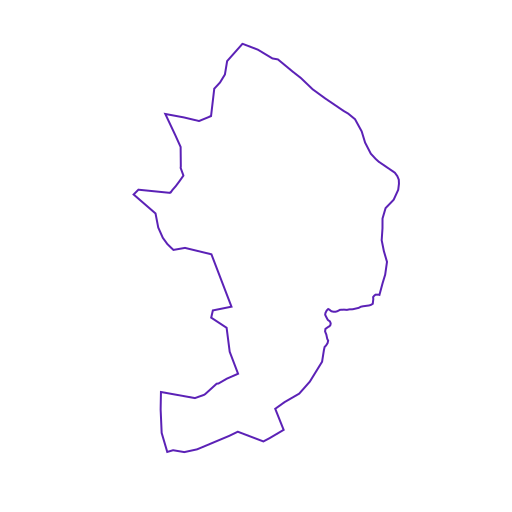 Kura, Kano, Nigeria (Robinson projection), rotated 99°
{"feature_id": "59680162B62375507242594", "entity_name": "Kura", "entity_type": "district", "adm_level": 2, "iso_a3": "NGA", "parent_name": "Nigeria", "parent_adm1": "Kano", "projection": "robinson", "projection_center": [8.5, 11.781], "detail": "fine", "context": "isolated", "style": "outline", "palette": "violet", "viewbox_px": 512, "rotation_deg": 99, "n_neighbors": 0, "source": "geoboundaries", "source_scale": "gbopen_adm2", "svg_char_len": 1986}
<svg xmlns="http://www.w3.org/2000/svg" viewBox="0 0 512 512"><g transform="rotate(99 256 256)"><path d="M208.9,382.5L214.4,386.5L229.7,361.9L243.2,357.0L247.5,354.2L252.6,350.9L258.1,345.4L261.0,341.3L262.9,338.5L259.1,327.4L261.3,300.3L309.9,272.3L316.5,290.1L323.9,290.6L331.5,273.8L354.7,267.0L375.1,255.3L381.7,265.6L387.8,273.1L388.3,274.9L400.5,284.7L400.7,285.0L401.2,285.5L405.9,294.1L405.2,328.6L422.4,326.2L445.5,321.5L463.4,313.0L460.8,307.5L460.9,296.1L456.2,284.0L437.9,254.4L432.4,246.5L438.0,219.7L433.8,214.1L423.4,201.5L403.9,213.1L395.9,205.0L385.2,191.8L371.7,183.2L350.1,174.2L338.2,174.2L335.1,174.0L333.4,172.8L330.9,171.7L328.3,171.5L326.8,172.6L325.6,173.1L324.3,173.6L322.5,174.3L321.2,175.1L319.6,176.0L317.1,176.0L314.4,173.2L314.0,172.5L312.5,171.7L310.8,171.7L309.0,172.8L308.1,174.7L307.6,175.3L304.7,177.5L303.2,178.5L301.4,178.5L298.9,177.7L298.3,177.3L297.1,176.4L297.5,175.1L298.2,174.0L298.8,172.8L298.9,170.8L298.6,168.7L297.8,167.0L296.7,165.5L296.0,164.6L295.2,160.5L295.0,157.8L294.1,155.4L293.5,152.2L292.2,149.0L291.2,146.5L289.7,144.5L288.9,142.4L288.4,140.7L287.7,138.4L287.2,136.7L286.7,135.6L286.2,134.7L284.9,133.2L282.7,133.3L280.3,133.4L278.2,133.9L276.7,133.0L275.5,131.9L275.0,129.0L275.1,128.0L262.9,126.7L254.3,125.5L241.3,125.7L231.1,130.5L220.6,134.4L220.0,134.4L208.9,135.4L199.2,136.9L188.4,135.5L179.6,129.3L178.8,128.8L168.4,125.9L162.3,126.1L158.3,126.9L155.0,128.9L152.0,131.9L143.7,149.5L141.4,153.0L137.0,158.6L126.9,166.0L116.4,171.1L105.4,179.6L100.9,187.3L99.0,192.2L89.5,212.4L82.5,226.1L73.2,239.5L68.1,248.7L58.4,265.1L58.3,270.7L51.9,286.5L48.6,302.2L48.6,302.6L68.0,315.0L81.6,315.1L90.3,318.7L97.0,323.2L97.2,323.4L124.7,322.3L125.2,323.1L125.3,323.0L131.6,333.4L130.4,349.0L129.9,367.8L149.3,354.6L160.1,347.5L179.1,344.3L180.8,344.2L187.3,340.6L188.0,340.3L194.1,343.3L199.6,346.2L203.9,348.9L206.4,350.1L206.4,350.5L207.1,350.9L208.9,382.3L208.9,382.5Z" fill="none" stroke="#5b21b6" stroke-width="2"/></g></svg>